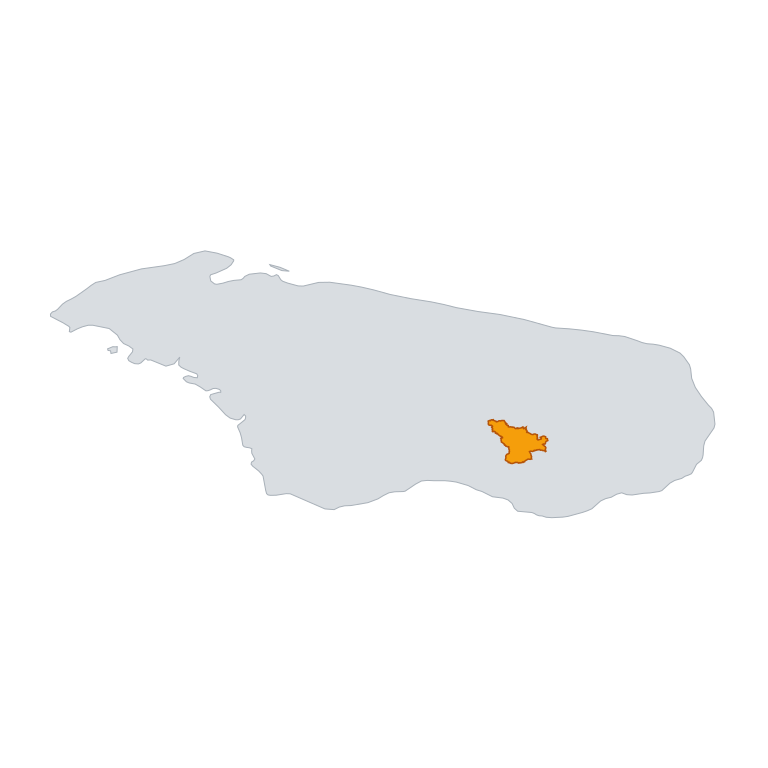 Beroroha, Atsimo-Andrefana, Madagascar (highlighted), rotated 265°
{"feature_id": "10022922B39697778193382", "entity_name": "Beroroha", "entity_type": "district", "adm_level": 2, "iso_a3": "MDG", "parent_name": "Madagascar", "parent_adm1": "Atsimo-Andrefana", "projection": "natural_earth1", "projection_center": [45.328, -21.505], "detail": "fine", "context": "in_parent", "style": "filled", "palette": "amber", "viewbox_px": 768, "rotation_deg": 265, "n_neighbors": 0, "source": "geoboundaries", "source_scale": "gbopen_adm2", "svg_char_len": 8999}
<svg xmlns="http://www.w3.org/2000/svg" viewBox="0 0 768 768"><g transform="rotate(265 384 384)"><path d="M494.0,74.8L495.9,79.8L498.1,84.7L504.9,96.4L507.8,100.9L510.3,105.7L511.5,115.2L515.8,130.1L519.8,152.4L521.0,175.3L522.2,185.8L525.4,195.7L530.6,205.9L532.2,217.3L528.9,229.1L524.2,240.2L523.0,242.3L520.8,245.1L519.8,245.0L516.1,242.1L513.0,237.4L509.2,226.4L507.9,220.8L506.3,219.9L501.8,220.4L498.5,223.9L497.9,226.1L498.5,232.3L499.7,237.9L500.3,243.6L500.3,250.7L501.5,252.9L503.3,254.7L505.1,259.4L505.4,270.5L504.2,276.2L501.0,281.0L501.2,283.7L502.3,286.4L501.2,288.1L497.0,290.2L495.2,292.0L492.9,296.9L489.2,307.0L488.6,312.1L490.9,327.7L490.1,338.8L485.3,359.9L482.5,370.0L478.6,382.0L472.7,397.8L466.8,417.7L461.7,438.2L458.0,450.5L453.8,462.6L448.0,484.0L443.1,505.7L435.9,529.6L425.9,556.3L424.9,559.8L422.8,573.4L420.5,585.3L417.8,597.0L412.3,616.3L411.6,622.3L410.3,628.0L405.0,640.2L402.8,644.7L401.2,649.5L400.2,655.6L398.7,661.5L394.7,672.3L389.0,681.6L385.0,685.0L376.6,689.9L372.3,690.8L362.8,691.0L353.5,693.8L343.9,699.1L334.7,705.3L331.2,708.2L327.3,709.9L315.1,710.2L311.4,708.9L299.2,698.8L294.5,697.1L285.5,695.7L282.8,694.9L280.3,693.5L276.7,688.3L269.5,683.8L267.8,682.4L266.7,679.3L265.9,676.0L264.0,672.3L262.6,665.2L260.3,660.2L253.6,651.5L252.9,648.7L252.3,639.4L252.5,633.1L251.8,621.6L252.6,616.2L254.9,611.3L253.9,606.1L251.4,600.5L250.5,594.8L248.6,589.6L241.6,580.2L240.0,575.5L238.8,570.7L236.1,555.8L235.8,550.6L236.2,539.6L237.1,534.0L238.8,530.0L239.2,527.1L240.3,524.6L241.9,522.5L243.1,520.1L245.6,506.1L248.9,503.0L253.8,501.2L257.7,497.5L260.0,492.5L262.2,482.3L268.4,472.2L270.6,466.8L275.6,458.8L280.0,447.5L281.3,442.1L282.3,436.6L283.4,424.7L284.2,418.7L284.1,412.8L281.5,406.7L275.4,395.7L275.2,393.6L275.7,385.4L275.2,379.5L272.9,373.6L270.1,368.0L267.2,357.6L265.8,340.4L266.1,334.2L265.3,328.7L263.2,323.4L264.7,314.3L282.8,281.0L283.3,277.0L282.6,266.9L283.0,261.0L283.6,258.8L285.0,257.5L288.1,256.9L302.8,255.5L304.7,254.4L308.3,251.6L313.4,246.2L315.7,244.6L317.7,245.2L318.9,247.5L320.6,248.8L326.5,246.3L328.8,246.3L331.1,246.7L332.2,244.4L332.9,241.4L333.7,239.2L335.3,238.0L343.0,237.4L347.8,236.5L354.1,234.4L355.5,234.8L360.6,242.4L362.1,243.1L364.1,243.4L365.8,242.0L361.7,238.0L361.1,235.7L361.3,233.2L363.5,227.7L367.2,223.5L375.4,217.2L384.0,209.8L386.5,209.3L388.6,210.5L390.2,219.1L389.9,220.6L391.3,220.8L392.9,219.7L394.3,216.2L394.4,213.3L393.3,210.5L392.7,208.1L392.7,206.0L397.0,200.8L400.4,195.9L402.0,190.1L403.4,187.4L407.0,184.4L408.0,184.9L408.9,187.3L409.3,189.9L408.4,192.5L407.1,195.1L406.5,198.5L408.6,199.2L410.5,198.3L413.3,192.2L416.5,186.3L418.4,183.3L420.8,181.2L424.8,181.6L428.6,182.9L422.4,176.7L420.8,168.3L428.3,153.7L428.4,150.6L429.5,149.7L430.0,148.5L426.2,143.6L425.4,141.1L426.0,137.4L427.8,134.1L429.5,131.8L431.9,130.9L433.8,132.2L438.0,136.3L440.8,136.9L444.2,133.0L447.0,128.1L451.2,124.8L455.9,122.7L463.2,115.1L467.9,99.1L468.3,94.4L467.3,88.7L465.7,83.4L462.9,76.6L463.6,75.1L467.6,76.0L468.9,75.1L473.2,69.2L480.4,57.8L482.7,57.8L484.7,59.9L485.4,63.0L486.8,65.3L491.6,70.7L494.0,74.8ZM444.4,119.7L444.5,121.5L439.0,120.8L438.2,114.7L440.9,114.5L441.5,112.0L443.1,111.7L444.8,117.1L444.4,119.7ZM509.3,290.6L504.6,299.5L505.9,292.1L511.4,281.4L512.9,280.6L509.3,290.6Z" fill="#d9dde1" stroke="#a8b0b8" stroke-width="1"/><path d="M338.9,489.7L338.8,489.3L338.6,489.1L338.8,488.9L339.0,488.6L339.0,488.3L338.9,487.7L338.7,487.5L338.6,487.0L338.5,486.9L338.2,486.8L338.2,486.6L338.5,486.2L338.3,485.8L338.3,485.4L338.2,485.1L338.0,484.8L338.0,484.6L337.6,484.5L337.3,484.7L336.3,484.6L336.0,484.6L335.6,484.6L335.4,484.4L334.5,484.5L333.8,485.2L333.8,485.8L333.6,486.1L333.5,486.4L333.7,486.9L333.7,487.1L333.0,488.0L332.5,488.4L332.1,488.4L331.9,488.3L331.8,488.0L331.8,487.6L331.6,487.4L331.0,487.7L330.8,488.0L330.4,488.1L330.2,488.2L329.9,488.4L329.6,488.3L329.6,488.2L329.4,488.2L329.1,487.8L328.4,488.2L327.7,487.8L327.3,487.8L327.0,488.1L326.9,488.4L327.1,488.7L327.2,489.1L327.1,489.3L327.2,489.8L327.1,490.0L326.9,489.9L326.8,490.0L326.5,490.6L326.4,490.8L326.1,491.0L325.9,490.9L325.9,491.2L325.6,491.3L325.4,491.2L325.2,491.3L325.1,491.2L324.9,491.6L324.6,491.8L324.6,492.0L324.7,492.4L324.9,492.6L324.8,492.8L324.3,492.9L324.2,493.0L323.7,493.2L323.6,493.5L323.4,493.8L323.0,494.0L322.8,494.1L322.5,494.5L322.3,494.8L322.2,495.0L322.0,495.4L321.8,495.4L321.7,495.6L321.9,495.9L321.8,496.0L321.4,496.3L321.0,496.2L320.8,496.3L320.8,496.6L321.0,496.9L320.8,497.3L320.7,497.4L320.2,497.4L320.2,497.0L320.4,496.8L320.1,496.4L319.6,496.5L319.4,496.1L319.5,495.8L319.5,495.6L318.8,495.9L318.4,495.8L317.9,495.9L317.4,495.7L317.0,495.8L316.7,496.0L316.4,495.9L315.9,495.9L315.7,496.3L315.1,497.1L314.1,498.0L313.9,498.5L313.1,498.5L312.8,499.2L312.4,499.1L312.2,499.6L311.4,500.0L311.4,500.3L311.4,500.6L310.8,501.3L310.6,501.7L310.7,502.6L310.6,502.8L310.4,502.8L310.2,502.9L309.8,502.7L309.6,502.7L308.9,502.7L308.5,502.8L308.2,502.7L307.8,502.9L307.4,503.2L306.0,502.8L305.9,502.8L305.8,503.1L305.7,503.1L304.8,502.7L304.1,502.7L304.0,502.2L303.6,501.8L303.5,501.0L303.2,500.6L303.2,500.2L302.9,499.9L301.6,499.0L299.9,499.0L299.0,498.7L298.3,498.3L297.4,498.4L296.7,499.3L296.3,500.4L296.0,500.7L294.9,500.9L294.8,501.2L295.0,501.6L295.1,502.2L295.0,502.3L294.7,502.3L294.5,502.6L294.2,502.6L294.0,502.9L293.9,503.3L293.7,504.1L293.8,504.6L293.6,504.8L293.9,506.5L294.1,507.0L294.3,507.2L294.3,507.9L294.4,508.1L294.3,508.3L294.5,508.6L294.3,508.8L294.3,509.2L294.3,509.5L294.3,509.9L294.3,510.1L294.0,510.3L294.0,510.5L293.9,510.9L293.8,511.2L293.6,511.2L293.7,511.5L293.5,511.9L293.5,512.0L293.8,512.1L293.7,512.7L293.5,513.0L293.6,513.3L293.6,514.2L293.8,514.6L294.2,515.1L293.8,515.3L293.8,515.5L293.7,515.7L294.0,516.3L294.4,516.5L294.2,517.0L294.3,517.3L294.5,517.3L295.0,517.7L295.4,518.3L295.7,518.9L295.8,519.4L296.0,519.8L296.3,520.1L296.5,520.5L296.6,521.3L296.2,523.0L296.3,523.4L296.3,524.0L296.5,524.2L296.5,524.6L297.5,524.2L297.9,524.5L298.8,524.7L299.2,524.6L299.6,524.3L299.9,524.4L300.4,524.2L301.2,524.2L301.8,524.1L302.1,523.8L303.3,523.2L304.0,523.0L304.1,523.4L304.3,523.9L304.3,524.3L304.2,524.7L304.2,525.0L303.9,525.6L303.8,526.2L303.9,526.6L304.2,526.8L304.3,527.3L304.5,527.4L304.3,527.7L304.3,528.4L304.5,528.6L304.9,528.7L304.7,529.2L304.7,529.7L304.8,530.2L305.1,530.4L304.9,531.0L305.2,531.5L305.2,531.9L304.9,532.5L305.2,533.3L305.2,533.5L304.6,533.8L304.4,534.0L304.4,534.3L304.4,535.2L304.3,535.7L303.7,536.6L303.7,536.9L303.8,537.3L303.7,537.8L303.4,538.2L303.0,538.6L302.6,538.8L303.0,539.5L303.4,539.2L304.0,539.1L304.5,538.9L305.2,539.1L305.2,539.3L306.4,539.7L306.6,539.5L307.5,539.3L307.7,539.1L307.9,538.6L308.2,538.5L308.5,538.1L309.5,537.1L310.0,536.7L310.4,537.7L310.2,538.3L310.3,538.5L310.1,538.9L310.1,539.1L310.6,539.5L311.1,539.8L312.0,539.9L312.3,540.1L312.7,540.5L312.9,541.0L313.1,541.4L313.2,541.6L313.2,542.0L313.3,542.2L313.6,542.0L314.4,542.1L315.3,542.0L315.5,541.4L315.6,540.7L315.7,540.4L316.5,540.3L317.4,540.4L317.5,540.1L318.0,539.2L318.2,538.6L318.1,537.4L318.0,537.2L317.8,536.7L317.6,536.4L317.3,534.9L317.2,534.9L316.9,535.4L316.7,535.9L316.6,536.0L316.4,536.0L316.2,535.7L315.8,535.8L315.4,535.7L315.2,534.3L314.9,533.1L314.8,532.7L314.9,532.4L315.9,531.6L316.2,531.8L316.2,532.1L316.5,532.3L316.8,532.4L317.1,532.1L317.5,532.1L318.0,531.8L318.3,531.9L318.6,532.2L319.2,532.2L319.2,532.3L319.5,532.3L319.8,532.4L320.1,532.3L320.1,532.2L320.0,531.8L320.0,531.5L320.2,531.4L320.5,531.2L320.8,530.6L321.0,530.4L321.1,529.0L320.6,528.1L320.8,527.2L320.9,526.8L321.4,525.8L321.9,525.3L322.5,524.2L323.2,523.4L323.3,522.8L323.3,522.5L323.2,522.3L323.5,522.0L323.6,521.9L323.9,522.0L324.1,522.4L324.1,522.5L324.4,522.4L324.8,522.3L325.3,522.3L325.8,521.9L325.8,521.6L326.2,521.2L326.9,521.8L327.3,521.6L328.1,521.6L328.6,521.8L328.1,520.9L328.1,520.6L327.9,520.3L327.7,520.1L327.6,519.7L327.3,519.3L327.4,519.1L327.5,519.0L328.0,518.8L328.3,518.8L328.6,518.6L328.8,518.6L329.0,518.8L329.1,518.6L329.1,518.4L328.9,518.3L328.8,517.8L328.3,516.8L328.1,514.8L327.9,514.3L327.9,513.3L328.1,513.2L328.4,513.7L328.5,513.7L328.6,513.4L328.4,513.2L328.6,512.9L328.5,512.5L328.5,512.2L328.2,512.0L328.2,511.8L328.0,511.6L328.1,511.1L328.4,510.6L328.7,510.5L329.0,510.2L329.6,509.7L329.6,509.2L329.8,508.8L329.9,508.4L329.7,508.1L330.0,507.8L330.1,507.6L330.0,506.9L330.4,506.2L330.3,505.8L330.3,505.2L330.4,504.7L330.5,504.2L331.0,504.2L331.8,504.2L332.0,503.2L332.8,502.4L333.2,502.6L333.2,502.9L333.6,502.9L333.6,502.7L333.2,502.1L333.3,501.9L333.5,501.9L333.8,502.0L334.1,502.0L334.3,502.1L334.5,501.6L334.9,501.7L335.2,501.6L335.5,501.2L336.8,500.7L337.2,500.4L337.2,499.9L337.1,499.5L337.3,499.1L337.3,498.7L337.4,498.3L337.2,497.8L337.3,497.5L337.2,497.3L337.0,496.8L337.3,496.2L337.3,495.2L337.0,494.6L336.7,494.2L336.6,493.7L336.7,493.3L336.5,492.6L336.7,492.4L337.1,492.3L337.3,492.2L337.4,491.5L338.0,490.7L338.2,490.0L338.4,489.9L338.7,489.7L338.9,489.7Z" fill="#f59e0b" stroke="#b45309" stroke-width="1.5"/></g></svg>